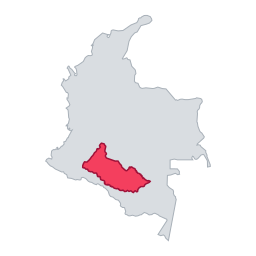 Colombia, with Caquetá highlighted
{"feature_id": "COL-1403", "entity_name": "Caquetá", "entity_type": "Intendancy", "adm_level": 1, "iso_a3": "COL", "parent_name": "Colombia", "parent_adm1": "", "projection": "orthographic", "projection_center": [-73.824, 1.133], "detail": "fine", "context": "in_parent", "style": "filled", "palette": "rose", "viewbox_px": 256, "rotation_deg": 0, "n_neighbors": 0, "source": "natural_earth", "source_scale": "10m", "svg_char_len": 8267}
<svg xmlns="http://www.w3.org/2000/svg" viewBox="0 0 256 256"><path d="M149.5,23.0L146.6,24.1L141.0,25.6L137.2,31.9L134.6,33.0L131.3,36.7L129.0,41.3L127.1,50.7L122.3,58.7L122.7,59.1L124.7,58.7L126.5,57.8L127.1,58.1L127.8,59.5L130.0,59.9L131.8,66.3L135.1,69.7L135.5,70.9L135.9,73.6L134.7,75.3L134.4,81.2L135.5,82.7L138.0,83.3L139.6,87.0L140.7,87.9L142.2,88.4L145.9,87.8L152.5,88.5L154.1,88.4L157.8,87.1L162.5,88.6L166.0,88.9L175.5,100.1L176.5,99.8L177.7,100.4L180.1,99.3L182.1,99.1L184.8,99.6L188.4,99.6L195.5,98.5L196.6,97.8L200.5,98.5L201.7,99.3L202.3,101.4L201.8,102.7L200.5,104.0L199.7,105.7L199.6,107.7L198.9,109.2L197.7,110.2L197.2,111.6L197.5,113.5L196.9,122.0L197.4,122.7L197.9,126.2L199.6,130.7L200.4,132.0L201.8,133.0L204.3,136.8L203.8,138.0L197.3,143.9L197.0,145.2L198.2,144.7L200.2,145.2L200.9,146.6L205.8,150.7L205.7,152.2L207.1,155.3L206.8,156.0L210.2,164.7L210.3,166.5L207.5,167.0L207.4,161.2L207.0,160.0L203.9,154.8L203.2,154.4L201.1,155.0L197.6,158.8L196.0,159.4L194.7,158.9L193.4,156.6L192.5,156.2L191.7,158.1L192.8,159.8L177.3,159.8L174.3,159.1L170.1,160.0L170.1,168.8L177.4,168.9L179.4,171.5L179.3,173.5L179.6,174.2L177.8,174.7L175.3,173.3L170.7,175.0L167.4,175.4L167.1,185.1L169.2,187.5L173.1,190.1L173.6,191.9L173.4,193.6L174.3,195.7L175.6,196.8L175.6,198.0L176.2,199.4L168.4,240.6L165.7,238.1L164.7,235.9L163.4,234.9L160.8,235.7L158.0,234.5L167.0,220.5L166.8,219.3L159.3,215.9L158.5,215.0L154.9,213.2L153.0,213.7L151.9,214.6L149.1,214.9L146.9,213.4L144.3,212.5L141.2,214.8L140.2,214.8L138.0,215.8L135.6,216.2L132.5,215.2L129.9,215.9L128.2,215.7L127.5,215.0L125.3,214.2L125.0,213.2L125.7,211.5L124.7,208.1L124.3,207.5L122.6,207.5L120.7,206.2L120.3,205.5L120.7,204.1L120.3,202.9L118.4,200.2L115.7,199.5L113.1,197.2L110.5,196.4L109.3,194.8L108.1,191.1L105.4,188.3L103.6,187.3L102.9,186.0L101.0,185.8L98.4,183.9L97.2,183.8L96.4,184.7L93.9,183.8L91.8,182.4L89.7,182.0L88.3,181.2L85.7,178.5L83.0,177.3L81.4,177.7L80.9,179.7L79.9,180.0L76.8,179.5L76.2,179.9L75.4,179.9L71.5,178.4L67.7,177.9L66.7,174.6L64.3,173.4L63.6,171.8L61.8,172.0L55.3,169.0L52.6,166.9L50.3,165.8L47.9,163.4L47.5,162.5L45.7,161.1L46.6,159.4L48.8,158.1L51.7,159.1L52.1,157.1L51.1,155.3L51.6,151.2L52.3,150.3L53.9,149.5L54.9,149.8L55.6,149.1L58.0,149.4L58.7,149.1L60.5,147.5L61.3,146.2L62.1,146.3L64.1,144.1L63.8,141.9L65.6,141.4L67.5,137.8L68.3,137.7L68.8,136.0L72.1,130.1L70.9,130.8L69.6,130.4L69.8,128.3L69.4,128.1L68.3,129.7L67.4,128.1L67.7,125.5L66.2,126.0L66.2,125.4L68.4,123.5L69.4,119.1L68.7,117.5L68.2,111.0L67.9,109.7L66.1,108.1L68.9,106.2L69.9,104.8L68.7,101.9L67.0,99.4L67.0,97.9L68.0,98.1L68.4,94.0L67.5,92.5L66.3,92.4L62.6,86.4L61.3,85.2L62.3,82.3L63.5,81.0L63.2,78.8L64.0,78.9L65.6,80.9L66.2,80.6L68.8,78.7L68.8,77.0L70.9,75.2L68.1,69.0L67.1,68.1L68.3,66.1L69.0,66.2L70.0,68.1L71.8,69.4L74.4,72.8L75.5,73.6L74.7,74.3L74.5,75.1L74.9,75.6L76.4,75.7L77.0,74.8L76.6,70.6L76.0,68.5L74.6,67.1L75.1,66.4L77.7,65.4L83.3,61.5L85.2,57.7L86.7,56.4L88.3,55.5L90.3,55.7L91.9,55.3L92.4,54.1L91.4,51.5L92.5,48.0L92.5,46.2L93.3,45.1L93.0,44.7L91.0,46.0L93.1,43.5L94.6,39.7L102.6,33.0L107.8,34.6L109.5,34.5L107.3,35.4L107.0,36.3L107.7,37.3L108.5,37.6L109.2,37.0L110.9,33.1L111.2,30.9L112.0,30.2L113.1,29.9L118.2,30.9L123.0,30.5L130.9,25.0L136.8,22.6L138.2,20.3L138.6,18.6L139.7,17.9L140.8,17.9L141.5,17.0L144.2,15.5L147.1,15.4L150.2,16.6L151.6,18.9L151.9,20.5L149.5,23.0ZM58.0,148.7L57.7,149.0L57.0,148.4L56.7,147.8L57.2,147.3L57.7,147.4L58.0,148.7Z" fill="#d9dde1" stroke="#a8b0b8" stroke-width="1"/><path d="M98.1,149.0L98.6,148.8L99.7,147.9L100.2,147.4L100.3,147.2L100.2,146.8L99.9,146.4L99.6,146.2L99.5,145.9L99.5,145.6L99.7,145.2L100.0,144.7L100.6,144.0L101.1,143.5L101.3,143.3L101.4,143.2L101.6,143.2L103.0,143.6L103.6,143.7L103.9,143.8L104.1,143.9L104.3,144.1L104.4,144.3L104.8,145.3L105.0,145.6L105.3,145.8L105.6,146.0L105.7,146.3L105.7,146.8L105.0,149.8L104.9,150.5L104.9,150.9L104.9,151.4L105.0,151.8L105.3,152.1L106.1,153.0L106.3,153.3L106.4,153.6L106.4,153.9L106.4,154.1L106.2,154.4L105.9,154.7L105.6,155.1L105.5,155.5L105.4,156.0L105.6,156.6L105.9,157.2L106.3,157.8L106.9,158.2L114.9,161.0L115.3,161.1L115.8,161.1L117.1,161.0L118.2,161.2L118.3,161.5L119.7,163.7L120.0,164.0L120.6,164.5L120.8,164.7L121.0,165.1L121.2,165.3L121.4,165.6L121.5,166.0L121.6,166.5L121.6,166.8L122.3,167.6L123.7,168.8L124.0,169.3L124.5,169.4L124.7,169.5L124.8,169.7L124.9,169.9L125.0,170.1L125.3,170.3L125.6,170.5L126.3,170.7L126.5,170.7L126.9,170.6L127.1,170.5L127.2,170.4L127.4,170.1L127.7,169.8L128.0,169.5L128.2,169.3L128.7,169.1L128.8,169.0L128.9,168.9L129.0,168.7L128.9,168.3L129.0,168.1L129.1,167.9L129.1,167.6L129.3,167.3L129.4,167.2L129.5,167.2L129.8,167.0L130.0,167.0L130.4,167.4L130.6,167.6L130.9,167.1L131.3,166.9L131.9,167.1L132.1,167.2L132.5,167.5L133.6,168.3L133.9,168.4L134.4,168.4L134.5,168.5L135.2,169.1L135.3,169.3L135.4,169.6L135.4,170.0L135.5,170.4L135.7,170.5L135.9,170.5L136.0,170.6L136.2,170.8L136.2,171.2L136.3,171.3L136.5,171.3L136.6,171.2L136.8,171.5L136.8,172.0L136.7,172.2L136.9,172.3L137.3,172.5L137.6,173.1L138.7,173.3L138.9,173.4L139.5,173.6L139.7,173.8L139.8,174.1L140.5,174.2L140.7,174.3L140.9,174.6L140.9,175.2L141.0,175.4L141.3,175.6L141.4,175.4L141.5,175.4L141.7,175.5L141.9,175.7L142.0,175.9L142.0,176.1L141.8,176.3L141.8,176.6L142.3,177.0L142.8,177.3L143.1,177.6L143.1,177.8L143.0,178.0L143.0,178.4L143.3,178.4L143.7,178.1L143.9,178.2L144.0,178.4L144.1,178.6L144.3,178.8L144.6,178.9L144.7,179.1L145.0,179.5L146.6,180.4L147.2,180.8L147.4,180.8L147.5,180.7L147.8,180.7L148.1,180.7L148.2,180.8L148.4,180.7L148.8,180.6L149.0,180.7L149.3,180.9L149.8,181.0L150.2,181.4L149.3,182.3L148.6,182.7L146.1,183.8L145.2,184.4L144.7,185.0L144.5,185.6L144.3,186.0L144.0,186.3L143.6,186.5L143.1,186.6L141.2,186.6L140.8,186.6L140.5,186.8L140.0,187.3L139.2,187.7L139.0,187.9L138.6,188.6L138.4,188.9L138.1,189.2L137.8,189.6L137.7,190.0L137.7,190.5L137.8,190.9L137.7,191.0L137.5,191.4L137.2,191.7L136.6,191.8L136.1,191.5L135.7,191.0L135.2,190.8L134.9,190.9L134.5,191.3L133.8,192.0L133.6,192.3L133.5,192.5L133.3,192.5L133.0,192.4L132.6,192.2L131.2,191.0L130.8,190.8L130.4,190.9L129.9,191.2L129.0,191.4L127.4,190.4L126.6,191.0L126.3,191.3L126.0,191.4L125.6,191.4L125.1,191.5L124.6,191.5L124.1,191.1L123.6,190.6L123.1,190.2L122.9,190.1L122.6,190.3L122.4,190.4L122.1,190.5L121.5,190.4L120.9,190.5L119.9,190.3L119.7,190.2L119.4,189.6L119.2,189.5L118.8,189.5L118.7,189.5L118.6,189.4L118.7,189.1L118.6,188.9L118.4,188.9L117.9,188.6L117.7,188.5L117.1,188.7L116.9,188.8L116.7,188.8L115.7,188.6L114.6,188.3L114.0,188.0L113.7,187.8L113.2,187.3L112.5,186.7L112.2,186.6L111.8,186.8L111.5,186.8L111.4,186.7L111.4,186.4L111.2,186.2L110.9,186.2L110.8,186.3L110.7,186.3L110.4,186.3L110.3,186.1L110.2,186.0L110.1,185.6L110.1,185.4L109.9,185.2L109.4,184.9L109.1,184.9L108.6,185.0L108.4,185.0L108.3,184.9L108.3,184.7L108.2,184.5L108.0,184.4L107.8,184.4L107.6,184.9L107.4,185.0L107.2,184.9L106.7,184.8L106.2,184.8L106.0,184.7L105.8,184.6L105.7,184.5L105.6,184.2L105.4,184.0L105.2,184.0L104.9,184.0L104.7,183.8L104.7,183.6L104.7,183.4L104.5,183.2L104.8,182.6L104.8,182.4L104.5,182.4L104.4,182.2L104.5,181.9L104.5,181.2L104.2,180.8L103.7,180.5L102.2,180.2L101.3,179.8L100.7,179.6L100.6,179.4L100.6,179.0L100.4,178.3L100.3,178.1L100.4,177.2L100.3,176.9L99.8,176.8L99.5,176.8L99.4,176.8L99.2,176.8L99.2,176.7L99.1,176.4L98.9,176.3L98.5,176.5L98.0,176.6L97.7,176.5L97.5,176.2L97.3,175.7L97.3,175.1L97.3,174.8L97.2,174.6L96.9,174.2L96.8,173.9L96.8,173.6L96.7,173.3L96.5,173.2L96.2,173.1L95.9,173.0L95.2,173.1L94.0,173.1L93.5,172.9L92.6,172.0L92.1,171.7L91.5,171.7L90.5,171.7L90.3,171.7L90.1,171.6L89.8,171.5L89.5,171.3L89.0,171.3L88.8,171.2L88.0,170.3L87.9,170.0L87.8,169.7L87.8,169.4L87.6,169.2L87.3,169.2L86.8,169.2L86.6,169.2L86.2,169.1L85.8,169.1L84.5,167.8L84.4,167.8L83.8,167.9L83.2,167.8L83.0,167.7L82.8,167.5L82.7,167.1L82.8,165.2L83.1,164.7L83.3,164.0L83.6,163.3L84.2,162.4L84.4,162.0L84.7,161.8L85.6,162.0L86.2,162.0L86.6,162.0L86.9,162.0L87.2,161.9L87.5,161.6L87.7,161.4L87.9,161.1L88.6,160.6L88.8,160.4L89.0,160.1L89.3,159.8L90.2,158.8L90.8,157.9L91.7,156.6L92.8,155.6L93.8,154.0L94.2,153.3L94.5,152.7L94.8,152.5L95.4,152.0L95.6,151.9L96.1,151.4L96.3,151.1L96.5,150.7L96.9,149.2L97.1,148.9L97.3,148.7L97.6,148.7L98.0,148.9L98.1,149.0Z" fill="#f43f5e" stroke="#9f1239" stroke-width="1.5"/></svg>